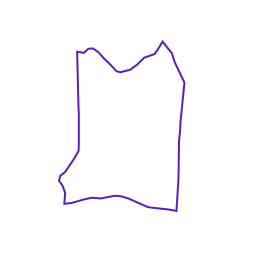 the district of Santa Maria do Cambucá, Pernambuco, Brazil, rotated 20°
{"feature_id": "56859067B44765551907851", "entity_name": "Santa Maria do Cambucá", "entity_type": "district", "adm_level": 2, "iso_a3": "BRA", "parent_name": "Brazil", "parent_adm1": "Pernambuco", "projection": "equal_earth", "projection_center": [-35.886, -7.823], "detail": "fine", "context": "isolated", "style": "outline", "palette": "violet", "viewbox_px": 256, "rotation_deg": 20, "n_neighbors": 0, "source": "geoboundaries", "source_scale": "gbopen_adm2", "svg_char_len": 772}
<svg xmlns="http://www.w3.org/2000/svg" viewBox="0 0 256 256"><g transform="rotate(20 128 128)"><path d="M54.1,73.7L73.3,122.7L77.1,132.0L87.4,160.3L89.4,166.5L87.8,175.6L84.0,190.7L80.7,196.2L81.2,201.1L86.1,204.5L91.1,210.4L94.1,221.0L100.4,217.9L110.9,210.3L117.6,206.0L126.8,203.4L138.7,196.2L144.5,194.6L152.7,194.1L156.3,194.4L159.9,194.6L165.1,195.0L173.6,195.5L177.2,194.8L182.5,193.5L186.8,192.5L191.2,191.3L195.2,190.5L201.9,189.4L193.4,160.4L191.0,153.2L180.3,122.5L178.0,113.2L175.5,105.2L165.5,66.0L156.7,57.4L149.5,50.3L143.7,42.8L137.8,39.2L130.9,35.0L129.0,44.6L127.8,49.3L119.2,56.4L114.9,65.3L110.2,72.5L101.6,78.3L97.8,78.6L89.9,74.5L81.7,70.9L74.6,67.0L67.9,65.2L63.7,67.1L60.8,72.5L54.1,73.7Z" fill="none" stroke="#5b21b6" stroke-width="2"/></g></svg>